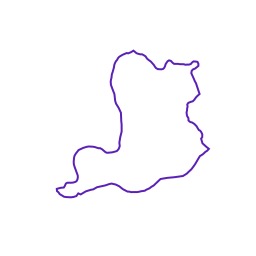 Esperantina, Tocantins, Brazil, rotated 333°
{"feature_id": "56859067B95220244681893", "entity_name": "Esperantina", "entity_type": "district", "adm_level": 2, "iso_a3": "BRA", "parent_name": "Brazil", "parent_adm1": "Tocantins", "projection": "natural_earth1", "projection_center": [-48.538, -5.311], "detail": "fine", "context": "isolated", "style": "outline", "palette": "violet", "viewbox_px": 256, "rotation_deg": 333, "n_neighbors": 0, "source": "geoboundaries", "source_scale": "gbopen_adm2", "svg_char_len": 2370}
<svg xmlns="http://www.w3.org/2000/svg" viewBox="0 0 256 256"><g transform="rotate(333 128 128)"><path d="M190.6,183.3L189.3,180.4L187.4,175.5L187.9,172.9L188.3,170.7L190.0,169.8L191.3,167.4L191.4,165.0L191.1,163.2L190.2,161.9L190.0,159.7L189.9,157.4L188.9,154.4L187.7,152.3L186.1,150.8L185.3,148.9L186.3,146.6L186.1,144.3L186.5,142.7L187.2,140.8L188.6,139.1L189.5,137.5L190.8,136.0L191.5,133.9L193.2,133.0L195.7,133.2L197.9,133.6L199.8,133.0L201.6,132.0L203.5,131.2L205.3,130.7L207.2,130.2L208.9,119.0L208.8,116.6L209.0,113.9L209.3,107.9L210.8,105.9L212.6,105.3L214.6,105.5L216.8,105.1L218.9,104.6L219.9,102.7L219.9,100.6L218.3,99.4L216.6,98.4L214.6,98.8L213.0,99.5L211.1,99.2L209.6,98.4L207.9,97.7L206.6,96.5L205.0,95.6L203.5,94.9L201.7,93.6L200.2,92.8L198.2,91.8L197.3,90.0L196.7,87.7L195.3,86.4L193.6,86.5L191.7,87.5L190.4,88.3L189.2,89.6L187.5,90.9L185.9,91.3L184.2,90.8L182.9,90.0L181.2,89.0L180.1,87.1L179.8,85.4L179.7,83.7L179.2,81.8L178.5,79.1L177.2,76.7L176.4,74.5L176.2,72.2L175.2,70.5L174.1,68.8L172.5,68.0L170.9,66.6L169.6,65.3L168.0,61.6L165.2,61.8L162.1,61.6L160.8,60.6L156.2,60.3L152.4,60.6L150.7,61.3L149.3,62.3L147.3,63.2L145.8,64.3L144.4,65.6L143.1,67.5L141.7,69.0L139.8,71.1L138.0,72.8L136.2,75.6L134.8,77.2L133.7,78.7L132.4,81.8L132.0,84.9L131.8,86.7L131.3,91.6L128.9,98.0L128.4,100.8L128.8,105.7L128.6,111.2L125.0,119.1L123.9,122.0L120.7,128.3L116.9,132.7L113.6,137.2L112.5,140.2L111.4,141.4L109.9,142.6L107.5,143.5L102.8,142.5L98.1,140.6L97.0,139.4L95.3,135.3L94.0,133.3L92.5,132.6L89.6,129.7L87.7,128.4L84.3,126.5L82.5,126.0L79.1,125.4L74.0,125.2L69.9,127.1L67.7,128.5L66.3,130.2L64.3,133.4L63.3,135.7L62.8,138.2L61.7,147.3L61.0,149.0L59.6,150.9L58.0,152.0L56.5,152.1L54.3,151.7L52.4,150.9L49.0,149.2L47.4,149.3L45.6,150.8L43.8,151.9L40.8,150.7L36.9,149.9L36.1,152.0L36.9,153.8L37.1,155.8L39.8,160.2L41.6,161.5L45.8,163.9L48.2,164.7L51.1,165.2L54.0,163.7L55.7,165.7L61.6,165.3L66.9,166.2L69.2,166.9L73.5,166.7L81.5,168.8L86.1,169.5L88.2,170.1L91.5,172.9L93.7,175.9L95.8,180.4L98.7,184.4L100.4,185.4L101.6,186.5L107.2,189.3L108.8,189.8L110.6,190.2L114.5,191.5L116.2,191.3L119.7,191.5L122.3,191.0L124.7,190.9L133.8,188.2L140.5,190.3L146.7,192.8L155.1,195.7L159.4,195.4L166.1,193.4L171.2,190.8L173.9,189.1L177.0,187.1L179.3,185.7L182.6,185.4L184.8,184.8L186.2,184.4L188.2,184.2L190.6,183.3Z" fill="none" stroke="#5b21b6" stroke-width="2"/></g></svg>